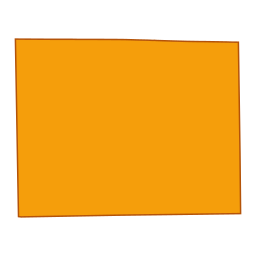 the district of Stephenson, Illinois, United States of America
{"feature_id": "52423323B66491108399263", "entity_name": "Stephenson", "entity_type": "district", "adm_level": 2, "iso_a3": "USA", "parent_name": "United States of America", "parent_adm1": "Illinois", "projection": "mercator", "projection_center": [-89.633, 42.351], "detail": "fine", "context": "isolated", "style": "filled", "palette": "amber", "viewbox_px": 256, "rotation_deg": 0, "n_neighbors": 0, "source": "geoboundaries", "source_scale": "gbopen_adm2", "svg_char_len": 500}
<svg xmlns="http://www.w3.org/2000/svg" viewBox="0 0 256 256"><path d="M238.4,42.2L230.1,42.1L229.4,42.1L228.9,42.0L228.3,42.0L203.2,41.6L199.7,41.6L187.0,41.4L169.2,40.9L156.4,40.5L154.1,40.3L153.5,40.4L152.6,40.4L148.5,40.2L135.4,39.9L132.8,39.8L125.5,39.6L115.9,39.5L114.5,39.5L93.7,39.4L82.1,39.4L77.6,39.4L71.8,39.3L69.4,39.3L68.5,39.3L53.3,39.3L15.6,39.1L15.4,39.1L18.5,216.6L21.2,216.9L116.6,215.2L240.6,213.6L240.0,153.3L238.4,42.2Z" fill="#f59e0b" stroke="#b45309" stroke-width="1.5"/></svg>